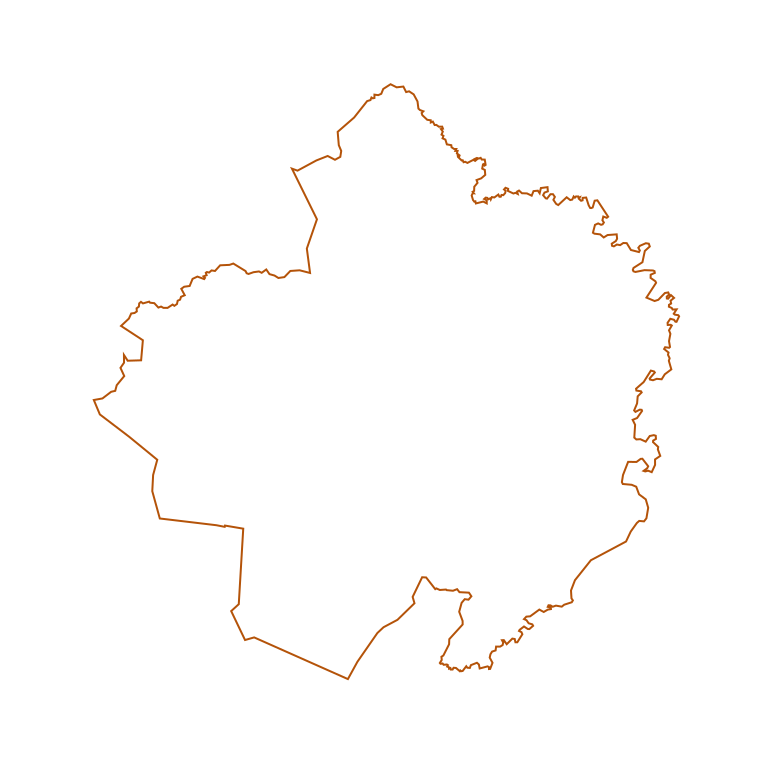 Ķepovas pag., Dagdas, Latvia (Mercator projection), rotated 279°
{"feature_id": "27541924B57766741495860", "entity_name": "Ķepovas pag.", "entity_type": "district", "adm_level": 2, "iso_a3": "LVA", "parent_name": "Latvia", "parent_adm1": "Dagdas", "projection": "mercator", "projection_center": [27.779, 56.018], "detail": "fine", "context": "isolated", "style": "outline", "palette": "amber", "viewbox_px": 768, "rotation_deg": 279, "n_neighbors": 0, "source": "geoboundaries", "source_scale": "gbopen_adm2", "svg_char_len": 6164}
<svg xmlns="http://www.w3.org/2000/svg" viewBox="0 0 768 768"><g transform="rotate(279 384 384)"><path d="M117.0,513.2L119.9,513.8L123.2,519.4L121.8,521.6L118.0,523.0L121.3,530.5L120.8,532.0L118.9,532.3L119.2,533.4L125.6,534.8L130.3,531.2L133.7,531.4L136.6,532.6L138.3,535.9L142.2,535.8L142.8,539.8L144.7,542.0L147.3,542.2L149.4,540.6L149.8,542.4L146.2,545.9L152.6,550.6L152.6,553.0L149.5,554.2L149.8,556.1L158.5,559.8L160.4,558.6L161.2,556.0L162.4,556.4L166.4,560.2L164.5,564.4L164.7,565.9L168.5,569.1L169.8,568.1L170.3,564.3L173.0,561.7L173.7,559.1L176.5,561.0L177.4,564.7L185.5,572.7L183.8,577.4L186.8,581.1L187.8,584.1L189.4,583.7L189.5,580.6L191.2,581.1L191.4,583.1L190.4,585.5L192.0,588.5L191.9,594.4L194.2,596.5L197.8,603.6L199.8,604.4L201.6,602.7L209.3,601.0L220.1,603.3L242.3,615.9L266.3,647.7L276.9,650.8L286.3,655.5L288.7,657.5L289.0,662.3L292.4,664.2L303.1,664.3L311.0,660.6L314.9,653.2L322.0,649.2L323.2,644.4L322.6,635.5L324.3,634.3L331.5,634.3L345.3,637.3L346.5,645.6L350.2,649.2L350.6,650.9L344.1,657.8L341.9,657.1L338.8,654.0L338.5,655.7L339.7,658.4L338.8,662.2L346.5,664.4L351.9,663.5L356.2,668.1L362.3,664.7L364.7,664.7L368.7,658.8L370.2,658.7L372.3,661.2L375.4,660.5L375.7,658.5L374.2,654.6L368.0,651.5L369.6,645.8L368.7,641.9L370.2,639.6L383.0,638.4L387.5,635.2L390.0,639.3L397.8,643.1L398.8,642.5L398.7,640.7L395.8,636.7L397.0,635.2L404.4,637.0L411.5,636.5L416.0,639.8L417.0,639.0L417.0,634.3L418.8,633.7L426.6,640.2L439.0,645.5L438.6,648.9L437.7,649.7L431.0,645.5L430.0,646.0L429.8,649.1L431.8,652.6L432.1,657.5L437.5,659.8L443.4,665.5L451.5,661.7L454.1,662.1L457.3,659.9L459.6,660.1L462.4,655.2L464.3,655.9L464.4,660.0L465.3,660.7L470.9,658.8L478.4,659.0L481.6,657.1L486.8,659.1L487.3,657.9L486.7,655.0L488.8,654.5L493.2,656.6L492.8,660.4L491.1,662.1L491.2,663.2L497.0,664.9L498.0,663.9L498.0,660.4L498.7,659.2L503.5,661.3L502.7,657.4L504.1,656.3L504.9,653.3L506.8,653.1L508.4,655.0L511.1,654.0L514.4,657.0L516.7,653.5L512.7,651.3L512.7,650.0L514.5,649.6L517.0,651.6L518.9,650.4L517.8,647.2L510.1,641.8L508.3,638.3L510.4,629.7L526.5,636.9L527.9,636.0L530.5,630.7L533.7,630.3L536.1,634.1L537.8,633.5L538.2,631.9L537.2,623.5L534.0,614.8L534.3,612.8L535.6,611.9L537.7,612.3L544.7,620.2L556.2,620.8L561.4,625.0L564.0,623.6L564.0,620.6L560.5,615.1L558.3,613.9L555.9,615.8L554.2,615.2L555.0,606.9L561.1,601.7L560.7,598.3L558.1,595.5L558.2,592.2L555.9,589.5L556.2,587.6L558.2,587.0L561.4,590.6L563.9,591.5L568.2,590.4L566.1,581.5L563.1,578.1L565.6,574.1L565.4,568.3L566.1,566.7L574.2,567.5L576.1,570.4L575.2,573.5L575.9,575.0L577.9,575.9L579.9,574.1L583.7,574.4L583.0,578.0L584.3,579.2L598.8,566.0L598.0,563.4L591.0,562.5L590.2,561.2L590.1,560.1L592.5,558.2L599.8,554.5L598.9,551.1L596.5,551.4L595.8,550.0L597.3,547.7L599.1,548.2L598.4,547.0L599.6,546.5L599.3,544.3L597.9,543.4L598.9,542.0L595.6,541.1L594.8,539.2L597.0,535.2L588.0,528.1L588.8,525.9L592.4,522.5L595.5,523.5L597.9,521.2L597.5,518.7L592.6,516.0L592.7,514.7L595.4,511.6L598.2,512.6L599.9,515.7L604.0,514.7L602.1,508.3L596.7,507.9L599.0,505.7L597.9,501.5L593.1,500.4L594.6,495.4L594.0,490.4L596.2,487.1L594.9,485.4L592.6,486.4L593.4,484.0L592.4,482.0L594.1,476.2L596.2,476.1L596.8,473.3L594.9,472.1L593.9,473.9L591.5,473.8L589.2,472.3L589.1,470.5L587.2,470.0L587.0,468.7L589.0,467.3L585.5,463.8L585.5,461.3L583.0,460.6L584.1,460.0L582.8,458.2L584.0,456.9L584.0,455.3L582.4,454.0L581.5,456.7L578.5,457.2L579.7,453.5L576.7,446.5L578.7,445.7L578.2,444.7L579.7,443.1L583.9,441.1L586.3,441.8L586.4,442.9L587.7,441.5L588.8,442.8L593.0,442.3L597.3,444.9L599.9,443.5L602.3,447.8L606.4,451.3L611.2,450.1L612.1,447.3L616.4,447.4L616.8,448.0L615.5,449.2L616.3,450.1L621.4,448.4L621.0,445.4L622.5,444.1L621.5,442.4L621.8,440.4L620.8,438.9L620.2,440.5L618.6,439.1L619.4,437.2L615.4,431.8L616.2,429.4L615.5,427.9L617.3,426.7L616.9,425.8L619.9,421.5L621.2,421.1L620.6,422.7L621.6,422.9L623.2,419.9L625.7,420.2L625.4,418.0L627.4,418.6L627.1,416.4L628.4,413.7L630.4,413.1L630.5,408.6L635.0,406.4L635.8,403.4L638.4,403.9L639.3,401.8L642.5,402.6L644.7,400.4L645.4,402.3L647.3,401.2L646.7,397.9L648.1,395.2L647.7,393.5L650.8,391.2L649.6,389.3L651.8,388.9L651.7,385.4L655.5,379.8L657.5,378.8L659.5,380.2L660.2,376.7L661.4,374.9L668.3,372.9L674.7,368.0L677.0,363.0L675.8,360.2L680.8,356.6L679.0,350.1L681.1,343.6L675.3,337.1L670.2,335.9L668.4,333.1L668.3,329.3L665.0,329.8L664.4,328.2L665.0,326.8L662.3,326.2L660.8,323.1L642.5,312.8L625.8,298.8L612.8,302.0L607.5,305.3L601.5,305.3L597.8,300.5L600.4,292.7L594.2,282.2L581.2,265.2L582.3,259.4L536.2,292.0L505.7,286.6L482.1,293.6L483.1,282.9L481.0,273.8L474.0,268.9L472.2,263.1L474.0,258.9L474.6,253.7L478.7,249.8L474.7,245.8L475.6,242.9L474.0,237.6L471.5,233.0L471.9,231.0L473.9,229.6L479.4,216.3L477.5,212.8L475.6,203.6L469.2,199.4L469.2,195.9L466.7,193.8L466.9,191.6L466.0,190.6L463.7,191.8L462.1,188.9L460.8,190.6L459.5,190.0L460.9,182.9L457.9,178.5L450.4,176.7L448.8,171.4L446.3,168.9L440.5,173.3L438.4,169.9L435.4,169.4L434.0,167.2L430.6,167.0L428.4,164.7L429.4,162.8L425.3,158.3L424.7,154.2L425.6,151.7L424.2,149.2L427.9,144.5L427.7,140.2L428.6,139.2L425.9,133.3L427.1,131.1L425.3,129.6L422.1,129.8L420.0,127.8L417.0,128.5L415.1,126.5L414.1,123.3L408.7,121.8L400.2,115.2L389.5,139.0L369.4,140.4L366.9,127.2L372.0,122.6L364.4,123.9L358.7,121.2L351.2,126.2L341.0,120.2L335.2,119.6L333.6,115.7L325.7,108.2L322.8,99.9L309.5,108.1L292.0,140.6L273.7,171.9L258.0,170.2L241.9,171.9L216.1,183.6L218.3,240.6L218.0,249.0L219.3,249.1L219.1,267.6L143.8,275.0L135.8,268.6L109.4,286.8L113.4,295.4L86.9,394.5L105.5,401.2L137.0,416.4L143.7,421.6L153.2,434.2L172.2,448.4L178.2,445.6L199.1,451.9L199.5,455.9L189.4,466.7L190.3,467.7L189.3,471.4L190.7,477.4L190.2,478.1L190.6,484.5L192.8,488.3L190.2,491.1L191.2,500.5L188.0,503.5L184.2,501.2L184.1,497.4L180.0,494.9L170.8,493.9L162.3,498.7L158.8,499.3L142.2,488.4L137.1,489.0L125.1,485.1L123.6,483.4L120.5,484.2L117.2,482.8L116.5,483.6L117.1,485.6L116.0,486.8L116.8,490.0L116.3,491.1L114.8,490.6L114.4,492.4L113.0,492.8L113.8,494.0L112.4,494.6L112.7,496.4L114.6,497.1L114.8,499.5L112.2,503.8L113.0,504.2L112.4,505.2L112.9,506.6L118.1,509.4L116.8,510.7L117.0,513.2Z" fill="none" stroke="#b45309" stroke-width="2"/></g></svg>